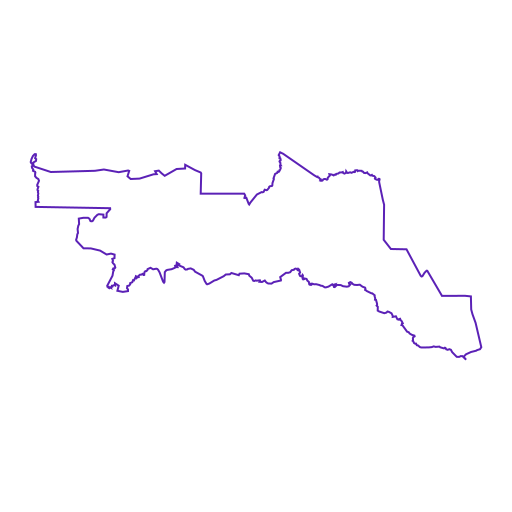 outline of Muhoroni, Nyanza, Kenya
{"feature_id": "3690345B3784519095047", "entity_name": "Muhoroni", "entity_type": "district", "adm_level": 2, "iso_a3": "KEN", "parent_name": "Kenya", "parent_adm1": "Nyanza", "projection": "orthographic", "projection_center": [35.071, -0.126], "detail": "fine", "context": "isolated", "style": "outline", "palette": "violet", "viewbox_px": 512, "rotation_deg": 0, "n_neighbors": 0, "source": "geoboundaries", "source_scale": "gbopen_adm2", "svg_char_len": 6061}
<svg xmlns="http://www.w3.org/2000/svg" viewBox="0 0 512 512"><path d="M466.1,359.7L463.6,356.8L466.0,354.3L471.0,352.0L476.2,350.7L477.1,350.1L480.0,349.2L481.3,347.2L475.6,322.9L472.5,314.3L471.2,309.5L470.9,296.4L465.0,295.8L442.0,295.9L427.3,270.8L426.6,270.7L424.6,272.7L422.4,276.2L421.5,276.5L420.7,275.8L406.5,249.3L390.9,249.0L383.7,239.8L384.1,204.7L382.8,199.7L379.2,182.3L379.1,180.4L379.6,179.8L379.4,178.9L378.7,178.8L377.6,179.8L377.0,179.8L375.2,179.0L374.9,178.4L375.5,177.5L374.3,176.1L372.4,175.7L371.9,174.9L371.1,175.4L370.3,175.4L367.5,173.2L367.2,172.4L365.5,173.1L364.0,172.9L363.1,171.7L362.3,171.6L361.7,170.8L358.4,170.7L357.7,171.1L357.1,170.2L355.2,170.4L355.0,171.9L354.4,172.1L353.7,171.8L351.5,172.8L350.1,172.3L347.9,173.0L347.1,172.8L346.2,171.4L346.0,172.9L344.4,173.6L343.1,172.9L342.8,172.0L341.8,172.4L339.5,172.5L338.4,173.5L336.2,173.9L336.0,174.6L335.3,174.8L334.3,174.7L333.7,175.4L331.7,174.5L329.4,174.2L329.8,175.6L327.8,177.7L327.6,179.2L326.9,179.7L325.3,179.0L324.4,179.0L323.4,179.3L322.4,180.6L321.0,180.8L320.4,180.6L321.0,179.9L320.7,179.2L320.0,179.1L319.1,177.8L317.9,177.3L317.6,176.6L316.9,176.9L314.2,175.3L283.2,153.8L280.1,152.3L278.7,155.1L279.6,156.4L279.5,158.2L280.3,158.3L280.6,159.3L280.6,160.4L279.8,160.7L279.5,161.6L280.4,162.9L280.4,164.7L280.9,165.5L280.0,165.7L280.1,166.5L280.2,167.3L280.8,168.0L280.0,170.0L279.3,170.4L279.3,171.3L278.7,171.9L277.6,171.7L277.2,172.9L275.1,173.9L273.5,178.4L273.9,179.0L272.5,183.0L272.3,185.5L271.9,186.0L270.1,186.2L269.2,186.8L269.0,187.8L267.3,189.9L266.6,190.2L264.7,189.7L263.6,191.9L262.6,192.3L261.6,192.1L256.9,194.5L250.5,202.4L249.2,204.5L248.7,203.9L246.3,197.7L245.0,198.1L244.4,197.9L245.2,195.4L244.2,193.7L200.7,193.7L201.2,173.4L200.7,172.5L195.0,170.1L185.2,164.8L185.1,168.5L176.6,169.0L164.7,175.8L161.7,173.4L158.8,170.6L155.1,171.2L156.7,174.1L153.5,174.3L139.6,178.6L130.7,179.0L127.5,176.3L129.2,170.9L128.1,170.5L118.7,172.2L103.9,169.5L94.9,170.8L50.8,172.0L34.4,166.6L33.5,165.3L33.2,162.6L36.0,160.9L36.2,159.1L35.1,158.2L36.0,155.1L35.8,154.1L34.8,154.1L34.3,154.5L32.9,156.0L31.5,159.0L30.7,162.0L31.0,162.8L32.2,163.9L32.5,164.6L32.4,166.1L31.8,166.4L32.0,167.8L33.3,169.6L33.0,170.8L35.1,171.8L35.4,172.8L35.1,173.6L35.1,176.3L36.5,177.9L38.3,179.0L39.0,180.8L37.2,184.9L37.3,186.1L38.4,186.8L37.5,189.4L37.6,190.3L38.2,190.8L37.9,192.1L38.3,193.4L37.9,195.8L38.3,196.7L38.0,197.7L38.3,198.3L37.8,200.6L38.5,201.8L35.5,202.1L35.6,206.9L110.1,208.2L110.2,209.2L106.6,213.3L106.6,216.4L106.4,217.2L105.4,217.6L103.4,217.5L103.4,214.6L98.8,214.2L97.4,214.8L94.5,217.7L92.9,220.7L91.9,221.3L90.5,221.1L89.4,218.7L88.0,217.8L83.3,217.8L78.8,218.6L79.1,224.1L78.3,225.7L77.6,229.0L78.0,233.0L77.3,234.3L76.9,237.4L76.1,239.9L76.5,240.9L83.5,248.3L90.8,248.4L100.1,250.6L106.6,254.5L111.0,253.6L114.6,254.6L114.5,258.1L112.3,258.9L113.0,260.9L112.4,262.1L113.0,263.2L114.5,264.7L115.3,267.6L114.8,268.2L113.3,268.4L112.8,269.4L113.9,270.2L113.2,271.6L112.5,275.7L107.2,285.8L107.5,286.8L108.5,286.8L108.5,287.7L109.3,288.2L110.0,287.5L110.9,287.9L110.6,287.2L111.6,287.0L111.8,286.0L112.5,286.3L112.7,285.7L114.4,285.0L115.1,285.4L115.0,283.3L118.7,285.7L117.4,290.8L122.8,291.9L128.0,291.1L128.0,289.4L127.0,288.2L127.3,286.0L129.1,285.6L130.2,284.3L130.1,283.2L132.3,282.2L133.1,280.1L134.0,280.4L135.0,278.2L136.4,278.4L136.8,277.8L135.7,276.9L135.9,276.2L137.8,277.2L138.7,277.1L138.5,275.9L140.0,274.7L141.1,274.7L142.6,273.9L143.5,275.0L144.2,274.9L144.4,272.3L145.4,271.1L146.4,271.1L147.4,270.1L147.6,269.1L150.5,267.8L153.1,269.3L156.3,268.7L157.3,269.0L158.1,269.8L159.6,272.4L163.1,281.7L164.0,282.7L164.5,282.0L164.8,272.1L166.3,270.3L167.3,269.9L171.6,269.2L174.9,267.8L175.1,267.1L177.4,267.1L177.1,266.5L175.6,266.3L175.2,265.7L176.0,265.3L177.0,265.6L177.7,265.3L176.7,263.5L176.8,262.7L179.3,264.2L178.9,265.0L179.4,265.6L183.5,267.3L184.7,269.0L185.6,269.6L187.3,269.4L187.9,268.9L190.7,268.4L193.7,269.8L195.1,271.7L202.2,275.6L202.9,276.2L204.7,280.9L206.5,283.9L207.1,284.3L209.2,283.6L214.3,280.5L216.5,279.9L223.7,276.2L225.8,274.5L229.9,274.3L231.4,273.0L238.8,275.2L239.5,273.7L244.3,273.4L248.8,274.2L249.3,275.7L251.7,277.7L253.2,280.7L254.2,281.0L255.8,280.4L256.5,280.7L259.9,280.3L260.2,281.1L259.7,281.8L262.0,282.0L264.8,280.5L266.1,282.2L267.5,283.2L268.4,283.5L271.5,283.6L273.7,282.1L280.9,280.5L281.0,279.9L280.2,277.1L286.0,272.8L288.3,272.8L290.2,272.2L291.7,270.2L293.9,269.8L294.5,269.0L295.5,268.6L296.7,268.9L297.7,270.2L298.4,270.4L298.5,269.1L299.2,269.7L300.1,272.5L299.1,273.8L300.0,275.9L301.8,276.6L302.5,274.9L302.9,275.4L302.6,278.7L303.2,279.4L303.9,279.2L303.7,278.3L306.5,278.9L307.4,280.7L308.8,281.8L309.3,284.4L310.0,284.8L311.2,284.9L312.0,284.3L311.2,283.7L312.0,283.6L314.1,284.3L316.1,284.2L319.8,285.1L320.4,285.6L322.5,285.9L324.7,287.3L325.8,287.4L328.5,286.6L332.2,284.3L332.8,285.0L334.9,284.4L333.7,286.0L334.0,287.0L334.7,287.1L337.0,284.9L340.8,285.1L343.0,286.2L346.9,286.7L348.7,286.3L349.8,285.1L350.2,284.5L349.2,283.9L348.9,282.9L350.3,282.1L351.8,282.8L352.1,283.6L354.2,284.8L357.0,285.0L359.8,284.7L362.5,286.7L365.0,287.6L365.4,288.3L365.1,289.9L366.0,290.3L366.5,290.9L371.4,293.3L372.2,293.3L374.7,295.3L374.6,296.3L375.2,298.2L375.0,299.7L376.0,299.9L377.0,303.5L377.1,304.9L376.6,305.6L377.8,306.8L377.7,310.6L379.2,311.5L384.3,313.2L386.4,312.6L387.5,311.5L388.9,311.9L391.5,313.3L392.8,316.0L392.7,316.9L395.9,316.3L397.4,319.3L398.8,319.7L399.2,319.0L400.1,318.8L400.3,319.7L401.8,321.3L402.7,323.2L402.0,323.4L401.5,325.1L402.4,325.2L407.1,331.7L408.7,332.2L409.6,333.5L411.8,334.8L414.4,335.6L414.6,336.4L413.3,337.1L412.9,338.1L413.0,340.0L412.6,340.8L413.2,341.2L414.1,343.1L415.2,343.7L416.0,343.6L416.8,345.2L418.1,345.5L419.9,347.1L421.4,347.5L428.8,347.4L431.8,347.1L433.7,346.4L435.6,346.9L439.4,346.6L440.2,347.3L444.0,348.4L444.9,347.7L445.5,348.0L446.2,349.3L447.6,349.8L449.4,349.2L450.9,349.8L452.2,352.2L456.7,356.8L458.3,356.9L459.5,356.8L460.6,356.1L462.4,356.1L466.1,359.7Z" fill="none" stroke="#5b21b6" stroke-width="2"/></svg>